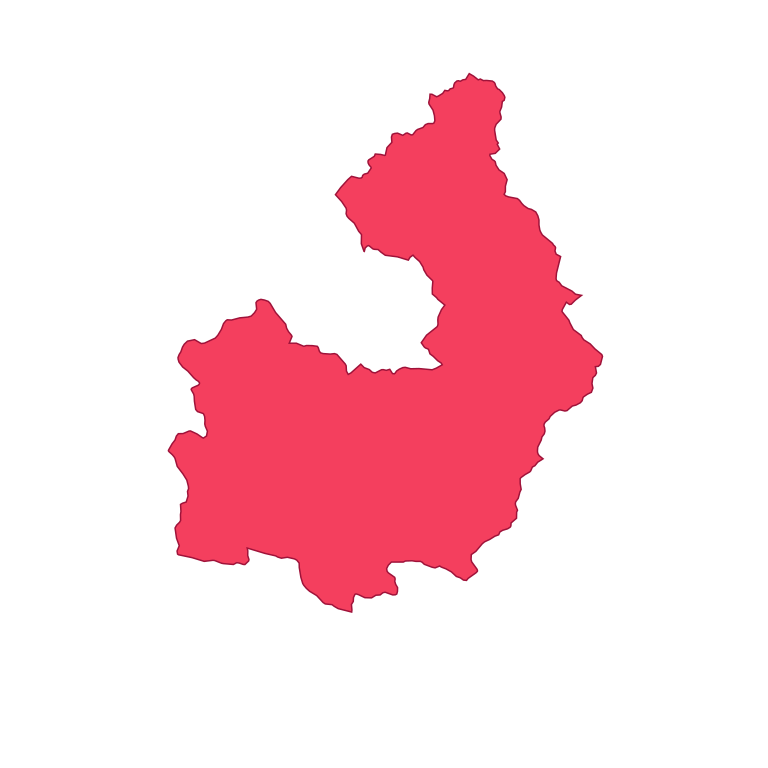 Bach Thong, Bắc Kạn, Vietnam, rotated 144°
{"feature_id": "81297802B24696745321038", "entity_name": "Bach Thong", "entity_type": "district", "adm_level": 2, "iso_a3": "VNM", "parent_name": "Vietnam", "parent_adm1": "Bắc Kạn", "projection": "equal_earth", "projection_center": [105.833, 22.201], "detail": "fine", "context": "isolated", "style": "filled", "palette": "rose", "viewbox_px": 768, "rotation_deg": 144, "n_neighbors": 0, "source": "geoboundaries", "source_scale": "gbopen_adm2", "svg_char_len": 6171}
<svg xmlns="http://www.w3.org/2000/svg" viewBox="0 0 768 768"><g transform="rotate(144 384 384)"><path d="M221.1,255.4L217.4,257.9L215.5,262.1L211.3,266.4L207.9,266.8L205.6,268.0L202.8,273.8L200.2,272.3L197.4,272.6L191.0,277.9L190.5,279.8L192.7,288.3L193.6,295.2L196.4,302.3L196.4,305.3L195.9,307.3L198.8,316.7L197.7,324.1L196.9,327.0L197.4,338.0L196.0,339.4L188.4,343.0L187.2,339.3L185.6,338.5L179.8,339.4L172.1,339.6L176.3,344.1L177.3,348.6L182.5,359.0L182.5,363.4L183.4,365.4L183.5,366.7L182.8,368.2L179.2,372.4L166.2,383.3L168.4,387.8L167.5,391.1L165.1,393.4L164.8,394.7L165.2,396.9L165.0,398.7L168.3,411.5L168.0,414.5L167.5,416.8L165.2,421.5L162.2,425.6L160.7,429.6L160.1,434.0L162.1,438.6L164.3,441.3L166.0,446.1L166.4,449.1L166.4,452.9L167.1,455.6L173.3,462.2L175.0,464.8L175.3,466.9L172.8,468.2L169.5,472.7L164.3,476.9L163.0,483.7L165.1,489.6L164.8,495.1L163.4,498.4L163.5,499.6L164.6,502.5L164.1,506.7L163.2,507.6L158.4,505.2L152.3,506.1L151.5,511.4L149.9,511.8L149.8,515.5L145.4,524.2L144.0,526.0L140.6,528.2L133.7,529.5L132.3,531.2L130.8,535.3L130.1,536.4L126.1,538.9L122.2,543.0L120.0,542.9L117.7,544.9L117.2,546.7L117.0,550.1L117.7,554.5L118.6,556.0L118.5,559.3L117.6,561.8L117.5,563.1L118.3,565.4L122.5,569.2L125.3,571.1L126.8,574.1L129.0,574.7L130.6,580.5L132.6,585.0L138.9,582.4L141.3,583.7L144.4,584.1L145.4,585.5L146.9,586.3L149.9,586.0L151.5,585.0L153.5,583.0L154.5,582.9L157.0,583.9L159.2,583.4L160.4,583.9L162.2,585.8L165.7,584.6L170.9,585.0L172.6,585.5L174.9,590.2L176.4,591.4L179.2,588.1L182.2,585.6L183.0,584.1L183.4,576.7L185.5,571.4L188.1,567.1L190.2,565.8L191.4,566.0L195.3,568.8L198.1,569.5L201.7,568.6L207.2,570.2L209.2,570.2L214.2,568.8L215.6,569.5L217.6,573.4L218.9,574.0L222.6,574.1L225.6,579.0L228.1,580.4L230.5,581.1L232.8,579.4L235.6,574.9L242.6,573.5L248.4,568.4L249.1,568.5L251.8,571.7L255.9,575.2L258.0,573.9L264.6,574.3L265.9,573.8L266.9,572.2L267.3,570.1L267.1,566.9L267.5,566.2L273.3,564.1L276.6,565.4L278.6,565.3L280.3,564.0L281.4,564.1L283.2,565.1L288.2,571.1L293.2,570.6L303.6,568.4L312.0,565.7L311.0,556.5L311.3,548.6L312.1,546.7L314.6,544.0L315.3,541.4L315.1,538.6L313.5,531.5L314.7,522.5L314.4,518.1L319.9,510.8L322.2,503.1L322.0,502.8L319.3,505.1L316.4,505.5L315.2,505.1L314.7,504.2L313.6,499.9L312.8,498.8L309.7,496.2L309.0,492.6L307.3,487.4L298.4,479.0L291.5,469.9L288.5,471.2L284.8,471.2L284.5,468.1L283.2,462.1L283.7,455.6L284.7,452.9L285.3,446.8L284.0,439.3L284.1,438.4L288.6,433.2L292.0,428.4L290.7,422.9L290.7,420.9L288.4,412.1L293.8,410.4L300.9,406.3L302.8,404.2L305.1,400.7L306.5,399.5L307.6,399.1L320.9,398.5L329.6,395.5L329.7,390.4L329.3,388.8L327.8,386.5L327.8,385.3L329.1,381.4L327.9,377.4L326.9,371.3L325.4,367.3L325.6,365.3L332.4,366.1L336.7,367.2L346.6,375.9L353.4,380.6L357.0,385.0L359.1,386.2L362.8,387.0L366.2,387.1L368.8,386.2L369.7,386.2L371.0,387.5L370.7,392.5L374.1,393.7L376.2,396.1L377.6,397.0L384.6,398.1L386.6,400.3L387.4,404.3L390.4,408.9L391.1,413.7L404.2,412.4L407.3,412.8L406.8,416.5L403.9,421.0L403.6,422.9L404.7,435.6L406.2,437.7L409.9,439.8L415.4,444.4L417.0,446.5L417.0,448.6L415.8,452.1L415.8,453.7L419.5,457.2L424.1,460.7L426.7,461.6L430.9,468.5L436.7,472.7L430.5,476.5L430.2,477.8L430.5,482.4L430.0,486.4L428.4,490.1L429.7,505.6L428.7,516.2L429.1,518.9L431.3,522.1L433.8,524.8L436.1,525.6L438.1,525.7L439.8,525.0L443.1,519.3L446.8,517.8L451.5,517.0L454.7,518.1L461.8,522.3L469.8,525.4L473.1,528.1L474.9,528.1L478.3,527.2L483.4,523.8L489.8,521.1L493.5,520.3L505.3,522.6L508.1,524.2L511.2,531.2L517.8,534.2L522.2,533.6L525.3,532.3L529.5,529.4L532.3,528.3L535.1,526.5L536.0,525.0L537.0,522.2L536.9,516.1L535.1,509.7L534.3,501.1L533.5,497.4L532.8,496.0L532.5,493.7L532.8,493.0L533.7,492.4L535.0,492.2L540.9,493.5L542.4,493.5L543.3,492.8L543.9,487.7L544.8,485.6L547.5,481.5L551.3,474.1L551.1,471.3L547.7,466.5L547.6,465.7L548.2,463.2L550.2,459.8L552.5,457.0L553.4,454.9L554.6,449.6L558.1,446.3L561.9,446.4L562.5,447.4L564.6,453.4L568.1,459.7L569.3,460.5L575.7,462.0L579.6,464.7L582.6,463.9L586.0,461.5L590.5,460.2L597.3,457.1L597.7,456.6L597.7,455.5L596.8,451.2L596.6,448.5L596.8,446.6L599.7,438.9L599.5,429.4L600.0,422.2L602.3,416.4L603.6,414.2L606.1,412.6L608.4,408.5L613.4,404.8L617.1,406.0L619.4,406.2L623.2,400.2L625.4,398.0L628.8,393.1L630.7,392.3L634.7,391.7L637.7,390.3L642.5,381.2L644.7,373.5L649.6,370.5L651.0,367.7L650.6,366.6L641.3,356.3L633.7,346.2L626.0,341.9L624.8,340.8L620.7,334.4L619.5,333.1L611.9,326.5L608.2,326.0L606.4,324.3L603.9,320.7L602.6,319.7L597.5,320.4L596.4,321.4L595.1,325.3L592.3,329.0L591.1,331.7L579.8,316.8L572.7,308.7L571.7,306.5L569.4,303.4L564.0,300.6L559.2,295.1L558.1,292.8L557.9,289.0L560.5,285.2L564.9,276.4L567.0,270.4L567.2,268.2L566.9,264.1L566.0,260.0L562.8,252.4L561.7,243.0L560.8,240.6L555.7,236.0L555.0,233.5L553.1,229.2L544.2,218.5L542.8,220.0L539.9,224.8L536.7,226.1L534.2,229.2L531.1,230.9L530.0,230.6L528.4,228.5L525.1,222.4L519.8,218.3L514.7,217.9L511.1,215.6L507.7,215.8L505.5,214.9L500.9,208.2L498.7,206.8L497.1,206.6L495.0,208.3L492.7,211.3L492.3,215.1L491.3,218.0L489.6,219.7L489.0,221.3L491.5,228.7L491.6,230.6L490.4,233.1L487.0,234.9L482.7,235.6L473.0,228.6L470.7,228.2L465.2,224.5L462.5,221.8L458.8,219.1L457.9,217.4L457.4,214.5L452.8,207.5L450.7,205.2L445.9,204.0L445.3,202.3L442.5,198.0L439.9,192.4L438.6,185.8L436.2,182.4L435.0,178.7L432.7,176.6L430.2,177.3L420.2,177.2L418.5,177.6L417.9,178.4L417.6,179.7L417.6,188.5L416.7,190.9L413.6,194.7L408.1,194.6L398.4,197.0L395.4,197.2L389.6,196.1L383.7,195.7L379.9,194.6L377.2,196.2L374.0,195.9L369.1,194.2L366.3,194.0L365.4,194.2L364.4,195.0L362.9,196.9L355.7,197.5L352.0,202.4L350.2,203.4L348.8,208.7L347.9,210.2L346.7,211.3L342.6,212.6L337.6,216.7L335.0,218.1L332.4,223.3L329.5,227.4L328.2,227.8L323.1,227.8L317.8,227.2L316.3,227.5L312.8,229.6L309.9,229.2L305.6,230.4L299.3,230.0L300.6,234.9L300.5,236.8L299.9,238.6L299.0,239.9L296.7,242.6L289.8,246.2L287.4,248.3L283.6,249.5L281.5,251.2L279.8,254.1L279.2,256.1L278.0,257.5L275.9,258.4L271.0,258.8L268.6,260.1L262.5,260.8L257.6,260.0L256.4,259.2L253.5,255.8L251.6,254.9L244.6,255.5L241.1,254.1L236.1,253.4L233.5,254.0L230.9,256.1L230.1,256.3L225.5,256.2L221.1,255.4Z" fill="#f43f5e" stroke="#9f1239" stroke-width="1.5"/></g></svg>